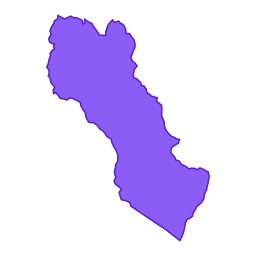 outline of Campo Magro, Paraná, Brazil
{"feature_id": "56859067B84797689700286", "entity_name": "Campo Magro", "entity_type": "district", "adm_level": 2, "iso_a3": "BRA", "parent_name": "Brazil", "parent_adm1": "Paraná", "projection": "equal_earth", "projection_center": [-49.466, -25.298], "detail": "fine", "context": "isolated", "style": "filled", "palette": "violet", "viewbox_px": 256, "rotation_deg": 0, "n_neighbors": 0, "source": "geoboundaries", "source_scale": "gbopen_adm2", "svg_char_len": 2265}
<svg xmlns="http://www.w3.org/2000/svg" viewBox="0 0 256 256"><path d="M136.6,78.6L133.5,77.8L133.4,74.1L134.1,70.2L135.5,67.8L137.1,66.2L135.2,63.2L132.4,61.2L130.9,57.1L132.2,54.1L133.5,50.4L135.0,47.0L135.1,44.1L133.8,39.6L131.7,36.8L129.5,33.6L126.0,33.4L125.7,29.6L124.5,26.4L122.7,24.3L120.2,23.0L118.6,21.0L116.1,22.0L114.0,22.2L112.6,19.9L111.0,21.5L108.2,24.6L106.8,28.6L105.6,32.3L105.7,35.5L101.4,35.2L99.2,34.8L97.5,31.9L95.2,28.8L93.1,25.8L91.9,23.5L88.4,21.8L84.7,19.3L84.9,22.8L83.1,24.0L82.0,20.1L79.5,19.0L76.4,17.7L73.9,17.7L70.5,16.1L68.2,17.3L65.0,18.8L61.9,17.7L60.1,16.5L57.9,15.4L57.5,18.9L54.5,20.7L53.6,23.7L51.8,26.3L50.0,30.6L51.0,34.5L48.7,38.6L49.5,42.0L52.3,43.7L54.5,44.1L53.5,46.7L54.4,49.1L52.1,50.4L50.0,53.5L50.6,56.0L49.1,59.2L48.0,64.6L46.7,67.2L48.9,69.8L49.1,73.8L48.2,76.1L50.0,77.8L50.8,82.4L52.8,85.0L54.8,87.1L53.2,90.0L53.6,93.7L55.7,92.6L58.1,95.3L60.3,98.4L64.7,99.1L67.1,100.1L69.2,98.0L72.6,98.5L77.3,100.7L80.5,102.8L80.8,105.7L83.0,109.8L85.3,112.6L85.7,116.5L87.1,119.3L88.4,122.0L90.4,122.7L93.0,122.5L95.7,124.3L97.8,125.8L99.5,128.8L102.5,130.4L105.3,133.9L107.1,136.7L109.0,137.8L111.1,139.2L112.0,142.8L113.7,146.6L115.2,149.0L116.8,152.0L117.8,155.2L117.8,161.3L115.6,164.6L115.3,168.2L114.4,171.9L115.7,177.4L114.0,181.2L115.7,184.4L119.4,187.2L121.4,189.3L119.1,192.3L120.0,195.6L121.3,199.7L124.5,200.4L127.0,201.1L129.9,202.8L130.8,206.1L151.2,219.9L156.7,223.6L159.9,225.7L166.0,229.7L179.8,240.6L182.6,235.1L183.7,231.5L184.8,226.9L185.5,222.7L187.2,219.1L189.7,218.4L192.4,216.3L193.3,212.6L195.4,209.5L196.8,206.4L200.0,204.0L202.5,201.3L203.8,198.7L204.2,195.5L205.4,191.8L206.8,189.1L207.1,186.1L208.0,183.7L208.5,180.3L209.3,176.5L208.1,171.7L205.6,170.7L202.3,168.8L199.8,167.9L197.6,169.8L195.2,168.4L191.6,168.2L189.1,168.8L186.8,167.1L184.3,165.6L181.2,164.3L179.4,161.2L175.8,159.9L174.4,156.6L170.8,152.7L171.3,148.1L174.0,145.7L175.9,144.7L178.2,143.4L179.5,139.5L176.7,138.9L174.5,137.5L171.7,136.4L169.0,134.0L166.4,130.9L164.7,127.1L164.0,121.2L161.6,115.7L161.7,112.6L161.9,109.0L161.6,105.4L159.6,103.6L156.7,101.5L157.2,97.8L153.6,96.7L151.3,96.1L149.5,94.2L147.2,93.0L146.1,89.0L144.0,86.0L141.5,85.4L140.8,82.7L136.6,78.6Z" fill="#8b5cf6" stroke="#5b21b6" stroke-width="1.5"/></svg>